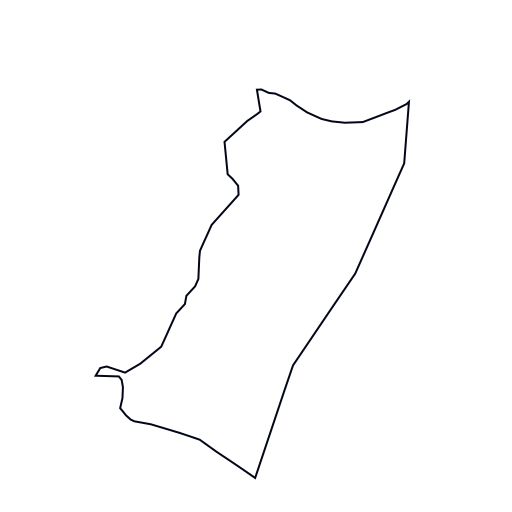 outline of El Mahalla El Kobra 1, Al Gharbiyah, Egypt, rotated 204°
{"feature_id": "37247803B33449651537702", "entity_name": "El Mahalla El Kobra 1", "entity_type": "district", "adm_level": 2, "iso_a3": "EGY", "parent_name": "Egypt", "parent_adm1": "Al Gharbiyah", "projection": "orthographic", "projection_center": [31.176, 30.972], "detail": "fine", "context": "isolated", "style": "outline", "palette": "ink", "viewbox_px": 512, "rotation_deg": 204, "n_neighbors": 0, "source": "geoboundaries", "source_scale": "gbopen_adm2", "svg_char_len": 1019}
<svg xmlns="http://www.w3.org/2000/svg" viewBox="0 0 512 512"><g transform="rotate(204 256 256)"><path d="M166.5,52.9L175.2,143.5L177.7,171.1L165.8,238.2L158.2,280.3L158.2,317.8L158.3,380.8L158.3,400.9L179.0,459.1L180.2,456.1L188.4,446.0L194.6,440.0L202.7,431.9L212.9,421.8L229.2,413.8L232.7,412.7L241.5,409.8L251.7,407.9L259.8,407.9L267.9,408.0L280.1,410.0L288.2,412.1L300.4,412.2L304.5,412.2L310.6,410.2L318.8,410.3L322.8,408.3L310.7,389.9L312.8,385.9L318.9,375.8L331.2,347.5L315.1,319.1L309.0,317.0L300.9,312.9L296.8,304.8L307.9,270.4L309.2,266.3L309.2,258.2L309.3,246.1L309.3,238.0L307.3,231.9L303.3,221.7L299.3,211.6L299.3,203.5L303.4,191.3L301.4,183.2L305.5,171.1L305.6,152.8L305.6,148.6L305.7,134.6L318.0,110.4L328.2,96.2L347.5,94.3L352.7,90.3L353.8,81.4L332.3,90.2L328.3,88.1L324.2,82.0L320.2,71.9L318.2,61.7L314.1,59.7L310.1,57.6L304.0,55.6L299.9,55.5L291.8,57.5L283.6,59.5L253.1,63.4L232.8,65.3L222.6,63.2L212.4,61.1L188.0,56.9L167.0,53.0L166.5,52.9Z" fill="none" stroke="#020617" stroke-width="2"/></g></svg>